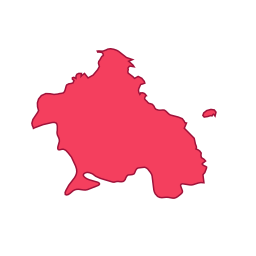 SVG path tracing the border of Central, rotated 247°
{"feature_id": "FJI-2617", "entity_name": "Central", "entity_type": "Division", "adm_level": 1, "iso_a3": "FJI", "parent_name": "Fiji", "parent_adm1": "", "projection": "robinson", "projection_center": [178.241, -17.983], "detail": "fine", "context": "isolated", "style": "filled", "palette": "rose", "viewbox_px": 256, "rotation_deg": 247, "n_neighbors": 0, "source": "natural_earth", "source_scale": "10m", "svg_char_len": 3352}
<svg xmlns="http://www.w3.org/2000/svg" viewBox="0 0 256 256"><g transform="rotate(247 128 128)"><path d="M164.6,40.8L165.9,41.0L167.7,40.9L170.0,41.4L173.0,43.8L177.7,51.0L179.0,52.5L182.8,53.0L186.5,54.4L189.6,57.0L191.7,60.9L191.8,65.8L190.0,69.6L187.8,73.0L186.7,76.6L186.4,78.6L185.9,80.3L185.6,82.0L186.2,83.6L187.5,84.9L190.8,87.5L191.6,88.4L191.8,90.8L191.2,93.0L191.0,95.0L192.7,96.8L194.8,95.9L196.0,96.5L195.8,98.0L194.0,99.4L196.1,100.4L197.4,101.9L197.5,104.0L196.4,106.4L195.8,106.0L194.0,105.1L194.4,106.0L195.2,109.3L189.7,110.8L190.3,116.5L193.5,122.8L195.8,125.7L199.2,126.1L200.7,127.1L201.7,128.8L203.6,131.2L204.2,132.3L204.3,133.2L204.7,133.8L206.6,134.0L207.7,133.5L208.6,132.2L209.3,130.9L209.7,129.8L210.8,129.8L210.3,131.3L208.9,134.1L208.5,135.3L208.4,138.3L208.5,140.2L207.8,142.9L206.0,145.7L204.0,147.9L202.4,149.2L193.5,154.1L189.2,158.9L189.2,154.7L184.1,157.1L182.0,157.5L184.1,154.2L184.3,153.4L183.3,151.5L182.6,151.2L181.7,151.1L180.1,149.9L178.4,149.6L173.4,152.5L171.1,153.4L171.5,157.5L168.4,160.1L164.6,161.2L162.7,161.0L162.9,158.0L163.1,156.9L162.8,156.3L159.9,153.2L158.4,152.3L156.6,151.9L154.3,152.0L154.8,152.9L154.9,153.0L155.4,153.4L154.6,155.3L153.6,156.4L152.3,157.1L150.6,157.5L150.7,157.0L150.1,156.1L149.2,155.1L148.2,154.7L147.0,155.0L144.9,155.9L144.0,156.1L142.6,156.8L141.5,158.3L140.2,159.7L138.0,160.4L135.8,160.5L134.5,160.9L133.6,161.8L132.6,163.0L131.9,164.3L130.9,167.3L130.2,168.5L128.6,169.5L125.0,171.0L123.5,172.0L118.4,178.6L115.4,181.6L112.2,182.4L110.7,182.4L109.7,183.8L105.8,179.7L92.7,184.9L87.0,183.8L84.4,183.7L83.3,183.4L82.1,182.4L81.0,183.6L78.9,185.0L76.4,185.6L74.4,184.5L72.1,184.0L69.4,185.8L67.3,186.5L66.4,183.1L65.9,182.2L64.6,182.6L63.2,183.6L62.3,184.5L61.3,185.1L60.3,184.5L56.9,181.2L56.3,179.8L55.6,178.7L47.9,176.5L49.3,173.8L49.9,171.3L50.4,165.8L50.7,164.4L51.4,162.8L55.4,156.3L55.5,155.0L55.0,154.2L54.1,153.8L49.9,153.6L48.7,153.5L47.7,153.0L47.1,152.2L46.5,150.7L45.4,146.7L45.2,144.8L45.4,143.1L46.1,141.6L48.6,137.7L49.4,135.9L50.7,131.8L51.8,130.0L53.5,128.5L56.7,127.4L58.9,127.3L61.0,127.6L74.6,131.5L76.3,131.6L78.4,131.3L82.5,130.2L84.0,129.4L85.4,128.0L87.2,122.0L87.2,120.7L86.6,119.3L85.6,118.1L84.5,117.0L83.5,115.8L83.4,114.2L83.8,112.5L84.7,109.8L84.2,108.1L83.0,106.5L81.7,105.3L80.9,103.8L80.7,102.5L81.1,101.0L81.8,99.5L82.7,98.0L83.2,96.5L83.6,94.0L84.3,92.7L92.4,82.9L96.2,79.4L99.7,77.4L102.0,75.0L103.1,73.1L103.4,71.3L103.2,69.7L102.6,68.8L101.6,68.3L100.2,68.6L98.6,69.4L97.0,70.6L95.4,72.2L90.2,78.6L89.4,79.4L88.5,79.9L87.9,80.0L87.3,79.7L87.0,79.1L86.8,78.0L87.1,66.7L87.5,64.7L88.4,62.8L90.9,58.6L91.6,56.7L91.9,54.8L91.7,53.0L90.5,49.1L90.1,47.0L90.4,45.3L91.3,44.3L93.2,44.9L94.8,46.5L98.5,51.2L103.1,59.3L104.4,61.0L105.9,62.5L107.7,63.7L110.3,64.6L113.5,64.9L123.3,64.6L128.9,63.1L131.8,62.0L133.6,60.4L134.1,59.3L134.3,58.5L134.4,57.8L134.6,56.7L134.9,55.9L135.5,55.3L136.8,55.4L138.1,56.1L142.5,59.6L144.1,60.2L145.9,60.4L149.2,60.3L150.7,60.6L152.0,61.1L153.5,62.0L157.4,63.7L159.4,64.1L160.8,63.7L162.0,62.3L162.7,60.3L164.3,51.2L164.7,42.3L164.6,40.8ZM107.4,205.9L108.3,202.4L110.3,201.8L112.3,203.6L113.3,207.3L112.7,211.6L110.9,214.5L108.2,215.2L105.0,212.8L106.7,212.4L107.3,212.0L107.1,211.2L106.3,210.1L107.0,209.1L107.2,208.2L107.3,207.2L107.4,205.9Z" fill="#f43f5e" stroke="#9f1239" stroke-width="1.5"/></g></svg>